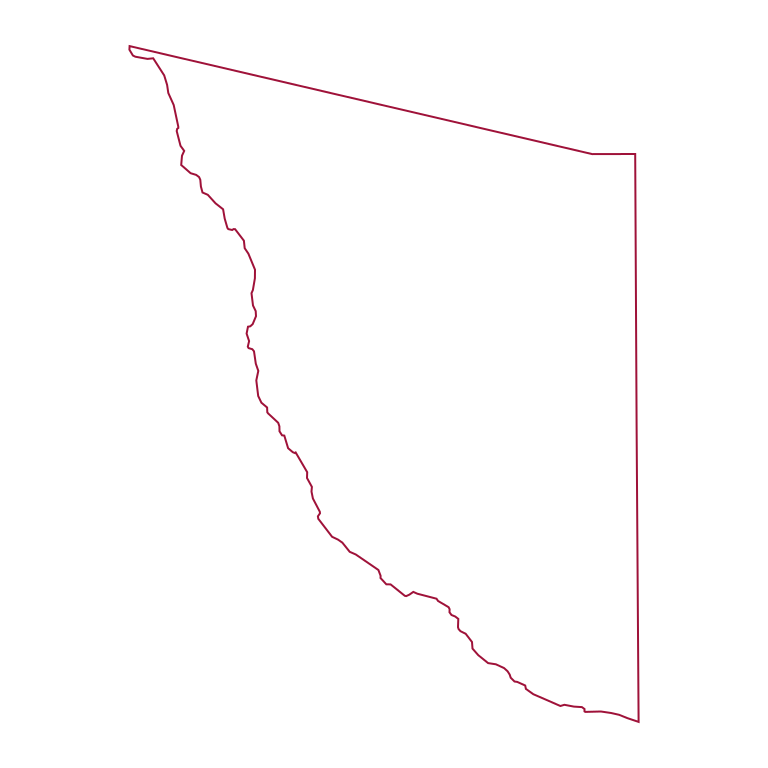 outline of Presidio, Texas, United States of America
{"feature_id": "52423323B92102614150660", "entity_name": "Presidio", "entity_type": "district", "adm_level": 2, "iso_a3": "USA", "parent_name": "United States of America", "parent_adm1": "Texas", "projection": "mercator", "projection_center": [-104.492, 29.947], "detail": "fine", "context": "isolated", "style": "outline", "palette": "rose", "viewbox_px": 768, "rotation_deg": 0, "n_neighbors": 0, "source": "geoboundaries", "source_scale": "gbopen_adm2", "svg_char_len": 1748}
<svg xmlns="http://www.w3.org/2000/svg" viewBox="0 0 768 768"><path d="M129.6,46.1L129.4,49.7L132.9,55.5L135.3,56.7L147.5,58.9L153.2,58.3L164.2,75.4L167.1,84.9L168.3,93.0L173.7,105.0L178.3,126.7L178.3,128.0L177.2,128.8L176.7,131.0L180.5,145.8L184.2,150.9L182.0,155.7L181.2,165.0L190.6,173.2L196.2,174.9L199.1,177.1L200.3,179.8L200.9,186.5L202.5,192.5L207.8,194.8L215.5,203.3L223.1,209.3L224.7,218.6L227.4,227.9L228.3,229.1L232.2,230.0L233.5,229.1L235.1,229.2L243.9,240.7L244.7,248.2L248.4,253.7L255.0,269.7L254.9,278.3L252.9,290.0L251.5,293.2L253.0,305.5L255.7,311.1L256.0,316.2L252.7,324.1L250.3,326.3L248.0,326.7L246.6,333.6L249.1,341.1L247.8,346.7L248.6,348.1L252.3,349.2L254.0,351.3L255.8,363.7L258.3,370.9L256.3,380.4L258.2,396.0L261.4,402.7L267.1,407.5L267.3,412.3L268.1,413.4L278.2,422.8L279.4,426.3L279.5,431.3L282.0,435.3L284.3,435.6L288.1,448.2L292.8,452.2L295.0,453.1L295.7,452.5L307.2,472.2L307.0,478.0L311.9,486.9L311.5,491.6L312.9,498.5L319.8,511.7L320.0,513.3L317.9,516.3L318.3,518.8L332.1,536.8L338.0,539.6L342.4,542.7L349.7,551.8L355.8,554.5L378.4,570.0L380.6,575.8L380.5,578.0L386.3,584.3L390.6,584.4L404.8,595.8L406.2,596.1L409.3,594.7L413.3,591.9L417.3,593.7L436.5,598.7L438.1,601.0L448.6,607.2L449.6,609.2L449.5,612.3L451.5,615.0L455.2,616.5L458.3,618.9L458.0,627.2L458.6,629.1L460.5,631.2L465.7,633.8L472.0,642.0L472.5,648.6L478.3,655.2L488.1,663.1L495.9,664.3L504.1,668.1L507.6,671.3L509.7,674.6L510.7,677.7L514.5,681.5L517.2,681.9L525.2,685.5L525.9,688.9L533.3,694.2L560.4,706.0L564.4,704.8L573.9,706.6L581.9,707.1L584.5,709.0L584.5,711.4L585.3,711.9L600.9,711.5L611.1,713.0L619.1,714.8L627.3,718.1L638.6,721.9L636.6,425.6L635.2,154.0L592.2,154.1L335.2,94.1L129.6,46.1Z" fill="none" stroke="#9f1239" stroke-width="2"/></svg>